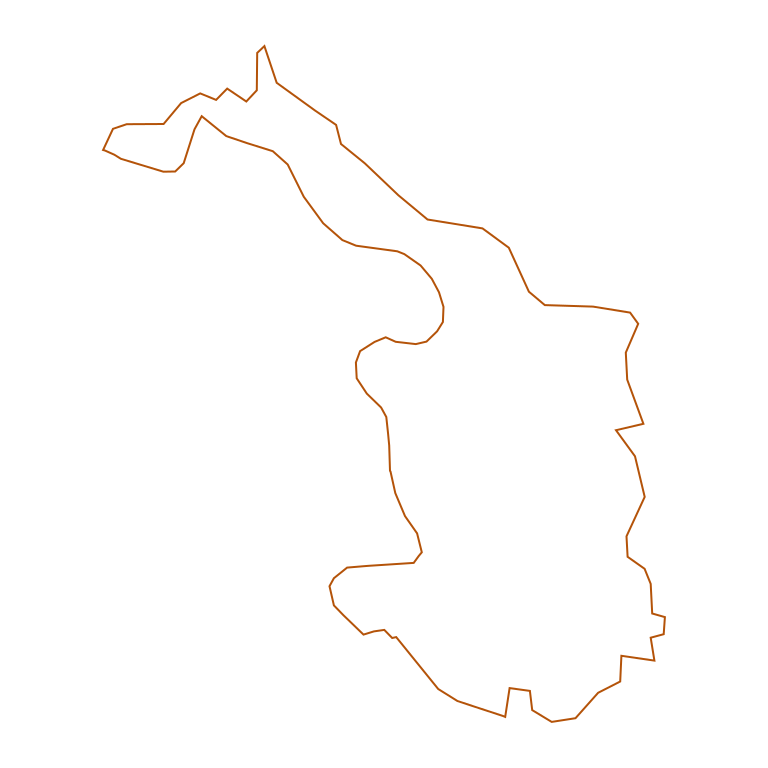 outline of Amudarya, Karakalpakstan, Uzbekistan
{"feature_id": "79887680B11316331959400", "entity_name": "Amudarya", "entity_type": "district", "adm_level": 2, "iso_a3": "UZB", "parent_name": "Uzbekistan", "parent_adm1": "Karakalpakstan", "projection": "mercator", "projection_center": [60.011, 42.124], "detail": "fine", "context": "isolated", "style": "outline", "palette": "amber", "viewbox_px": 768, "rotation_deg": 0, "n_neighbors": 0, "source": "geoboundaries", "source_scale": "gbopen_adm2", "svg_char_len": 1476}
<svg xmlns="http://www.w3.org/2000/svg" viewBox="0 0 768 768"><path d="M113.0,128.8L103.1,150.0L104.9,150.5L114.3,154.7L120.9,158.8L163.4,171.7L175.2,171.5L183.7,163.2L194.5,129.3L201.7,116.2L226.3,136.1L247.0,143.1L272.8,151.2L287.7,164.5L303.8,196.8L323.2,223.3L342.4,240.1L356.1,245.7L397.3,251.3L404.3,254.1L420.6,265.5L431.8,278.8L439.0,292.3L443.5,306.9L442.9,322.0L437.1,331.3L426.5,341.6L415.8,344.1L395.7,341.8L385.7,337.3L374.6,341.9L360.1,351.1L355.9,362.5L356.7,378.3L359.6,382.7L366.8,393.6L381.1,407.5L386.3,417.0L388.1,433.9L389.2,445.5L390.0,470.8L390.5,471.5L395.3,493.1L405.0,516.1L417.1,533.4L421.8,552.3L418.8,555.9L413.7,562.9L368.9,565.8L363.8,566.2L347.1,567.6L333.9,578.2L329.5,586.2L333.9,605.4L343.4,615.2L363.5,634.6L373.9,631.4L384.3,629.9L392.2,638.0L396.2,637.1L438.2,689.0L457.4,701.0L472.5,706.0L503.3,716.1L505.2,716.9L509.6,688.1L529.9,690.9L532.2,710.1L551.7,721.9L575.5,718.2L598.1,692.8L620.2,681.5L621.4,655.8L654.4,660.6L650.7,637.7L663.7,634.2L664.9,617.1L652.2,613.5L650.7,583.9L644.6,568.8L627.6,556.8L626.5,536.3L644.7,496.9L635.0,456.3L616.0,430.2L643.4,423.8L627.2,379.6L625.8,352.6L638.2,323.8L630.1,312.6L593.0,306.6L544.8,305.1L528.9,291.7L508.8,247.7L482.5,228.4L427.5,219.5L398.3,195.2L364.9,163.4L341.0,144.0L336.1,124.9L315.0,110.5L276.7,82.8L264.4,46.1L257.2,52.9L256.8,90.3L246.3,101.5L227.2,88.6L216.1,99.9L200.2,93.4L181.1,103.1L163.6,124.0L126.7,124.2L113.0,128.8Z" fill="none" stroke="#b45309" stroke-width="2"/></svg>